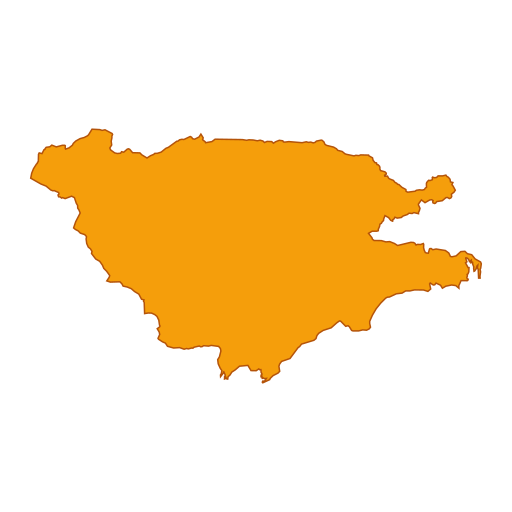 Lunca Cernii De Jos, Hunedoara, Romania
{"feature_id": "2599482B2454497174187", "entity_name": "Lunca Cernii De Jos", "entity_type": "district", "adm_level": 2, "iso_a3": "ROU", "parent_name": "Romania", "parent_adm1": "Hunedoara", "projection": "orthographic", "projection_center": [22.6, 45.635], "detail": "fine", "context": "isolated", "style": "filled", "palette": "amber", "viewbox_px": 512, "rotation_deg": 0, "n_neighbors": 0, "source": "geoboundaries", "source_scale": "gbopen_adm2", "svg_char_len": 6063}
<svg xmlns="http://www.w3.org/2000/svg" viewBox="0 0 512 512"><path d="M279.7,371.3L278.9,366.2L279.7,363.9L281.6,361.4L290.0,358.5L298.1,347.6L299.6,346.6L301.5,344.1L313.9,340.3L316.0,338.6L316.9,335.6L318.7,333.3L323.2,330.4L331.2,327.8L336.8,322.8L339.5,320.9L340.7,321.2L345.7,326.3L348.1,325.7L349.4,326.8L351.6,330.4L352.9,330.9L358.7,330.9L362.7,329.9L366.6,330.2L369.2,328.9L370.5,327.2L369.7,323.6L369.7,321.3L372.4,315.2L376.2,308.7L380.8,303.0L385.6,298.2L387.3,297.2L389.5,297.0L396.3,293.8L402.1,293.1L405.7,290.9L410.0,290.9L414.5,289.9L423.5,290.0L427.9,291.4L430.7,289.0L429.6,283.9L430.2,283.0L433.3,285.0L434.7,284.8L436.0,283.1L437.1,283.6L440.5,285.2L442.4,288.2L445.8,286.2L451.6,285.0L455.8,285.6L458.9,288.2L458.8,285.7L461.1,280.6L467.2,280.7L467.8,280.4L468.2,279.2L467.2,278.8L466.8,277.3L467.4,276.0L467.1,274.4L467.9,274.0L468.8,271.9L469.0,267.6L468.1,267.6L465.5,262.8L466.9,261.8L465.7,258.4L465.9,257.8L467.0,258.0L468.6,259.4L469.5,261.6L471.3,260.1L471.3,261.1L470.7,262.1L470.9,262.8L472.1,262.0L472.6,262.3L472.6,263.8L473.8,267.0L473.6,268.0L474.0,271.3L474.7,271.0L476.1,268.9L476.9,266.0L477.8,265.1L477.4,267.6L478.2,269.5L478.6,278.1L480.1,278.1L480.0,276.1L480.6,271.8L480.1,269.3L480.7,268.2L481.3,263.8L480.6,262.0L475.1,258.9L471.7,254.7L467.4,253.7L464.9,251.3L460.8,251.6L456.1,255.9L451.9,256.8L450.4,256.4L448.8,253.0L445.4,250.5L436.1,249.0L432.8,249.7L431.1,248.5L429.9,248.6L429.5,249.0L428.3,253.2L426.4,253.0L425.3,252.5L424.2,250.2L423.6,247.7L423.7,244.3L423.3,243.5L420.6,244.5L417.4,244.4L416.0,245.0L414.9,243.3L413.5,242.5L410.9,242.3L397.6,245.5L394.5,243.5L389.7,241.6L385.9,241.9L381.3,240.6L374.0,240.5L372.4,239.2L372.0,237.8L368.5,233.3L372.2,231.2L376.8,231.2L378.3,230.7L378.3,229.3L379.6,226.3L379.9,224.2L381.4,223.3L382.2,221.8L383.5,220.6L383.7,218.9L385.0,215.6L388.6,217.6L390.7,220.3L392.5,221.2L392.8,221.0L392.7,219.7L393.9,219.0L394.9,217.2L397.2,218.1L401.3,217.5L403.1,216.0L407.4,214.5L409.0,213.2L412.1,213.5L413.9,212.6L418.5,213.7L418.6,212.0L419.3,210.9L420.0,208.3L418.5,205.1L418.4,204.1L421.4,199.9L425.0,202.7L429.7,200.0L431.6,199.7L433.1,200.6L432.7,201.8L433.0,202.9L434.7,203.5L435.6,203.1L436.7,201.6L442.3,200.7L446.0,197.6L447.5,197.5L449.4,198.6L450.9,197.9L451.7,196.6L451.4,194.2L454.0,192.2L455.3,190.2L453.1,186.1L451.9,184.6L452.9,182.5L450.5,181.9L450.0,179.2L448.4,177.3L446.7,176.3L445.9,175.1L442.6,175.9L438.1,175.9L436.5,177.5L434.4,177.7L432.6,177.1L432.2,177.8L432.5,179.0L432.3,179.7L429.9,180.6L428.9,180.2L428.0,180.9L426.7,182.5L426.4,183.6L426.5,187.3L425.3,188.1L424.4,189.5L422.2,190.1L419.5,189.8L416.3,190.3L415.2,191.2L407.6,192.2L406.0,191.2L405.9,189.5L401.9,187.3L398.9,184.5L397.6,184.3L396.7,183.2L395.0,182.4L393.4,180.4L389.4,178.8L388.5,178.0L387.5,176.1L384.8,176.2L384.6,175.2L386.2,174.2L386.3,173.2L384.9,171.8L380.6,170.6L379.9,169.2L379.9,167.3L379.5,166.2L378.0,164.7L376.9,164.5L376.5,162.9L374.9,162.6L373.1,160.3L372.5,157.8L369.0,155.9L368.6,155.1L360.7,154.9L358.8,155.6L355.9,155.3L354.0,155.9L346.4,154.3L345.0,153.8L342.2,151.5L337.7,150.3L336.5,148.8L333.6,147.1L326.7,145.4L325.0,144.4L323.9,141.9L322.1,140.3L321.2,140.1L316.4,141.1L315.2,142.3L313.3,142.9L310.8,142.1L308.4,142.4L306.3,141.8L302.1,142.7L288.9,141.6L284.8,142.1L283.4,141.9L282.8,140.8L279.3,140.3L275.7,141.7L273.4,143.2L271.7,141.6L267.1,141.4L264.5,142.5L262.9,141.0L260.1,140.2L257.3,140.8L253.3,140.0L248.9,139.8L246.6,140.3L242.5,139.6L215.1,139.2L211.9,141.6L205.6,142.7L205.2,141.8L202.6,139.7L203.2,137.8L200.9,134.1L199.0,137.0L194.6,139.2L192.6,138.7L191.6,137.2L190.2,136.5L183.9,139.5L181.9,139.3L179.6,139.8L177.8,141.2L176.8,141.2L168.4,147.3L165.9,148.3L161.2,152.1L157.4,153.3L154.7,153.4L153.7,154.4L150.5,155.7L147.0,158.0L141.9,154.9L139.9,152.9L132.6,152.7L129.8,149.4L128.7,148.8L127.3,149.1L123.7,152.2L121.6,151.7L120.6,153.2L117.3,153.5L114.7,152.9L110.6,149.9L109.8,148.0L111.7,145.0L111.2,141.2L111.9,137.9L111.9,136.0L112.6,134.5L112.1,133.5L105.0,129.8L102.1,130.4L99.8,129.6L92.0,129.2L88.5,134.9L87.3,135.9L84.2,137.5L80.1,138.6L75.8,141.0L73.3,143.4L72.4,145.2L69.0,147.9L65.6,149.1L65.2,148.1L65.3,145.7L64.8,145.3L62.3,145.3L56.3,146.9L51.8,145.1L49.8,146.8L46.2,147.3L45.1,148.6L44.9,149.4L44.0,149.7L42.0,153.6L39.2,152.9L38.5,154.3L38.3,161.6L37.5,162.3L37.3,163.4L36.5,164.0L33.5,168.7L31.7,173.2L30.7,178.2L40.9,184.0L46.1,186.1L50.8,190.0L52.9,190.8L54.2,190.6L58.3,192.4L58.9,193.1L58.9,194.1L58.0,195.0L58.6,196.8L60.0,196.9L61.7,198.1L62.6,197.6L65.1,198.6L71.6,196.2L74.4,197.6L76.3,203.3L77.6,205.4L77.7,208.1L78.9,209.9L80.2,213.0L75.7,221.7L73.6,227.9L75.3,229.4L78.2,230.9L80.3,233.1L84.7,234.6L86.2,236.2L86.5,236.8L86.1,239.0L86.7,243.5L88.3,247.1L90.4,248.8L92.0,251.4L91.5,253.5L95.7,259.0L99.7,261.3L102.4,265.1L103.8,268.4L106.6,271.2L109.7,275.5L109.3,277.1L106.8,280.9L110.3,282.1L119.9,281.8L121.9,283.8L123.1,286.1L127.2,287.0L131.3,288.7L134.5,291.5L138.8,294.1L141.5,299.2L144.0,299.9L143.5,301.2L144.2,302.4L144.6,313.6L148.2,313.0L151.6,313.1L154.8,314.6L157.0,316.4L158.8,320.2L159.5,325.1L160.0,326.0L159.6,326.9L157.2,328.7L159.2,332.0L159.7,334.5L158.0,338.3L158.5,339.2L162.6,341.9L165.4,343.1L167.5,346.3L173.6,348.0L179.6,347.6L184.1,349.2L186.6,348.5L188.3,348.9L191.8,348.0L192.9,348.2L194.1,347.2L199.3,346.0L200.7,346.8L202.2,346.6L203.6,345.7L208.6,346.1L211.2,345.4L218.6,346.4L220.4,348.5L220.9,351.0L219.4,356.9L217.7,359.6L218.2,363.8L220.3,368.4L221.8,370.5L221.3,373.6L220.5,374.9L220.6,376.6L223.6,372.8L223.5,372.0L223.8,371.8L225.3,375.1L225.1,376.0L224.6,376.3L224.5,379.0L225.1,378.8L225.6,376.9L226.7,378.9L227.7,379.1L228.1,376.7L230.0,375.0L231.8,372.1L235.2,369.9L239.5,366.2L247.9,365.4L251.0,370.6L256.2,370.7L258.8,368.9L259.6,369.7L260.9,369.6L261.1,372.3L261.8,373.5L261.9,374.9L261.1,375.1L261.0,376.7L261.9,376.6L262.4,377.5L262.0,377.9L262.3,378.4L263.4,378.0L264.3,378.6L266.4,378.4L264.6,381.1L262.7,381.1L262.3,382.2L262.8,382.8L269.6,379.7L270.4,378.2L273.1,375.6L278.0,373.1L279.7,371.3Z" fill="#f59e0b" stroke="#b45309" stroke-width="1.5"/></svg>